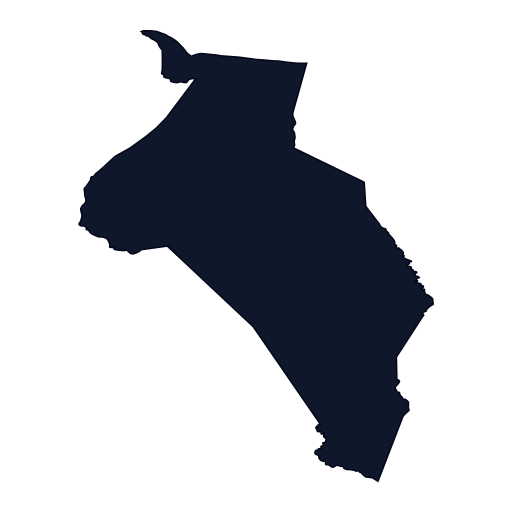 outline of San Francisco del Valle, Ocotepeque, Honduras, rotated 90°
{"feature_id": "27666195B97087706022026", "entity_name": "San Francisco del Valle", "entity_type": "district", "adm_level": 2, "iso_a3": "HND", "parent_name": "Honduras", "parent_adm1": "Ocotepeque", "projection": "equal_earth", "projection_center": [-88.98, 14.422], "detail": "fine", "context": "isolated", "style": "filled", "palette": "ink", "viewbox_px": 512, "rotation_deg": 90, "n_neighbors": 0, "source": "geoboundaries", "source_scale": "gbopen_adm2", "svg_char_len": 5974}
<svg xmlns="http://www.w3.org/2000/svg" viewBox="0 0 512 512"><g transform="rotate(90 256 256)"><path d="M63.2,205.3L63.3,206.7L63.2,214.6L62.2,225.2L61.0,233.7L60.9,237.9L59.9,249.1L59.5,255.3L57.2,272.4L55.8,290.7L55.0,295.5L53.5,310.6L53.7,312.3L54.4,315.6L55.4,318.6L56.3,320.8L53.1,324.9L47.9,328.9L41.9,334.8L40.7,336.3L37.7,340.8L36.3,344.0L34.8,346.1L34.1,347.8L32.7,352.0L31.8,354.1L31.4,355.5L31.2,357.2L30.8,360.6L30.7,368.0L30.9,369.0L31.6,370.8L31.7,370.7L31.8,370.1L32.1,369.9L33.4,369.5L34.2,369.0L34.9,366.6L35.5,366.2L35.8,365.8L36.0,364.8L36.1,363.7L36.3,363.1L38.3,361.2L39.1,359.8L40.0,357.7L42.2,354.7L43.0,354.0L44.8,353.4L47.0,352.2L48.5,351.2L50.0,349.8L59.6,349.6L69.1,349.7L73.6,350.4L74.2,349.3L75.2,348.2L75.8,348.0L76.7,348.2L77.1,348.0L77.6,346.8L78.4,343.3L79.1,341.6L79.4,341.3L79.8,341.1L80.5,341.5L80.9,341.5L81.3,341.3L81.5,340.9L82.2,338.7L82.7,335.3L82.7,335.0L81.7,331.5L82.0,330.5L82.6,327.2L82.6,325.7L81.9,324.9L80.6,323.9L79.4,322.9L78.8,320.6L78.6,318.5L78.9,316.5L117.8,345.7L128.3,356.0L136.5,366.1L147.9,381.8L156.4,397.0L167.8,409.3L171.3,413.3L173.8,416.5L176.1,418.0L176.5,418.8L176.7,420.3L177.2,420.9L178.0,421.3L179.4,421.3L180.3,421.6L186.6,425.9L188.3,427.6L188.7,427.8L196.0,427.1L199.0,426.2L200.6,426.1L201.7,426.4L202.9,426.9L203.8,427.6L204.9,429.0L205.7,429.7L207.1,430.6L208.7,431.3L209.8,431.3L215.8,429.9L220.5,431.1L222.2,432.0L224.0,433.1L225.0,432.4L225.7,431.4L226.0,430.2L225.9,428.8L225.9,428.4L227.7,424.8L227.9,424.6L228.2,424.7L228.4,424.9L228.5,425.5L228.7,425.8L229.0,425.9L229.3,425.8L229.7,425.3L229.9,424.2L230.2,423.6L230.8,423.0L232.3,422.2L233.4,420.8L234.3,419.5L236.8,413.7L236.9,413.0L236.9,410.8L237.2,408.6L237.7,406.9L238.5,405.6L239.2,404.8L239.9,404.2L241.1,403.5L242.4,402.9L245.2,402.1L245.9,402.2L246.8,402.5L247.2,402.2L247.3,401.7L247.6,399.2L248.0,397.2L248.4,397.0L248.5,397.2L248.7,397.8L249.1,397.9L249.5,397.2L249.8,396.0L250.3,392.5L250.6,388.0L250.5,387.0L250.2,385.6L250.2,385.1L250.5,384.6L251.6,383.7L252.9,382.2L253.4,381.5L253.7,380.7L253.9,379.6L253.8,378.5L253.4,377.1L252.7,375.2L251.3,372.5L249.7,370.8L246.1,344.7L326.6,258.9L423.9,191.9L424.3,193.0L426.2,195.1L427.4,196.1L428.1,196.1L428.5,195.8L428.5,195.1L428.7,194.9L429.6,195.1L430.3,195.1L431.0,194.8L431.4,194.3L431.7,193.8L431.7,193.1L431.7,192.0L431.4,191.3L431.5,191.1L433.8,190.8L434.1,190.7L434.2,190.4L433.7,189.4L433.7,188.1L434.1,188.0L435.3,188.3L436.7,188.3L437.6,187.5L438.3,186.1L439.2,185.9L441.0,186.2L442.3,186.9L442.6,187.3L442.6,188.4L443.0,189.2L443.8,189.1L444.8,188.6L445.3,188.6L445.7,188.9L446.3,191.0L447.2,191.0L447.9,190.6L448.2,190.7L448.6,191.8L448.7,193.2L448.8,193.6L449.9,194.2L450.2,194.8L450.3,195.8L450.5,196.2L450.9,196.6L451.6,196.9L452.7,197.1L453.6,197.0L454.3,196.1L454.7,195.3L455.0,194.2L455.4,193.7L456.8,193.1L458.0,193.1L459.1,192.4L460.5,191.0L461.4,188.4L461.1,186.8L461.1,186.6L463.7,186.4L464.6,186.1L464.8,185.5L464.7,184.3L464.8,183.5L467.0,180.3L467.2,179.2L467.0,178.2L465.3,175.5L465.1,175.0L465.6,173.4L466.3,171.4L466.4,170.8L466.2,169.8L466.4,169.2L466.7,168.8L467.5,168.6L468.0,168.3L468.8,167.1L469.3,166.1L469.5,164.8L469.6,162.2L470.0,159.5L470.3,158.1L471.1,155.9L471.1,155.2L470.8,154.2L470.9,153.5L471.2,152.9L471.9,152.6L472.2,152.2L472.5,151.7L472.6,150.9L472.9,150.5L474.6,149.2L476.6,146.8L477.0,145.9L477.2,144.1L477.5,142.1L477.6,140.0L481.3,134.0L416.6,109.1L414.2,107.2L410.8,103.4L410.1,102.9L407.8,103.6L402.2,103.5L400.4,105.2L399.3,106.8L399.2,107.6L399.6,108.6L399.6,109.0L399.4,109.3L399.0,109.5L398.3,109.2L398.0,109.3L394.6,112.2L394.1,112.4L393.2,112.3L392.7,112.5L392.3,113.0L392.1,114.2L391.8,114.8L390.2,115.8L387.8,116.8L387.3,116.8L386.8,116.6L384.5,114.4L382.5,113.0L381.4,112.5L380.8,112.7L380.3,113.2L379.8,114.1L379.6,115.1L357.1,115.6L316.6,89.4L315.6,88.5L315.1,88.3L314.7,88.4L314.0,88.8L313.4,89.5L312.8,89.6L312.4,89.1L311.8,87.4L311.1,85.9L310.7,85.7L310.1,85.7L309.6,85.5L307.9,83.9L305.8,81.4L305.1,80.2L304.6,78.9L302.4,78.9L300.9,79.4L300.3,79.2L299.7,79.2L298.7,79.4L296.7,81.6L295.4,83.5L294.8,84.7L294.3,86.2L293.8,86.6L291.8,87.4L290.1,87.5L289.4,87.6L289.1,88.1L289.2,88.9L289.1,89.3L288.9,89.7L288.5,90.0L288.1,90.0L287.8,89.8L287.4,88.9L287.0,88.6L286.5,88.5L286.0,88.8L285.7,89.4L285.7,90.6L285.4,91.2L285.1,91.4L284.7,91.4L284.1,90.9L283.7,91.2L282.8,94.9L282.3,96.3L281.9,96.9L281.4,96.8L281.2,96.4L281.1,96.0L281.4,95.2L281.2,94.6L280.6,94.5L280.4,94.8L280.3,95.4L280.2,95.7L279.9,95.8L279.4,95.7L278.7,95.2L278.2,94.6L278.0,93.9L277.9,93.0L277.6,92.7L277.2,92.9L276.8,93.4L276.3,94.8L276.1,96.1L275.8,96.4L274.4,96.9L273.4,97.0L273.0,96.6L273.0,95.8L272.9,95.4L272.6,95.2L272.2,95.3L271.7,95.9L271.5,96.4L271.6,96.9L271.9,97.8L271.9,98.3L271.7,98.6L271.3,98.8L270.5,98.5L270.1,98.7L269.8,99.3L269.8,100.3L269.5,100.8L269.0,100.8L268.4,100.5L268.0,100.4L267.3,100.8L266.7,101.4L266.4,102.4L266.5,104.3L266.1,105.7L265.8,105.6L264.7,103.9L263.7,102.7L263.3,102.6L262.5,103.1L261.8,102.9L261.6,102.6L261.6,102.2L261.8,101.4L261.8,100.9L261.5,100.6L261.1,100.7L258.8,106.6L258.2,107.6L257.6,108.4L257.1,108.5L256.3,108.0L255.8,107.9L255.2,108.3L254.8,109.1L254.5,109.5L253.9,109.4L253.5,108.7L253.1,108.6L252.5,108.8L251.6,109.3L249.8,110.9L249.4,111.5L248.9,112.5L248.0,113.2L247.9,113.8L248.1,114.9L247.9,115.4L247.7,115.7L247.1,115.9L246.2,115.5L245.6,115.5L245.1,115.9L244.5,116.8L244.1,117.2L243.4,117.4L242.3,117.2L241.7,117.3L238.9,118.9L234.2,123.2L233.7,123.4L232.9,123.5L232.4,123.8L231.7,125.0L231.2,125.5L230.7,125.8L229.7,125.9L229.2,126.2L228.7,126.8L228.3,128.4L227.9,129.4L227.2,130.5L226.4,131.3L225.3,132.0L224.2,132.5L206.3,146.2L182.2,147.8L147.8,218.7L146.5,217.8L145.5,217.4L144.4,217.4L141.8,217.8L140.7,217.7L138.5,217.1L136.7,217.0L133.0,217.5L131.9,218.0L130.3,219.1L129.7,219.3L128.9,219.3L128.1,219.1L126.5,218.5L125.3,217.8L124.0,216.6L123.1,216.4L120.7,217.1L116.4,219.0L114.9,219.2L112.9,219.2L63.2,205.3Z" fill="#0f172a" stroke="#020617" stroke-width="1.5"/></g></svg>